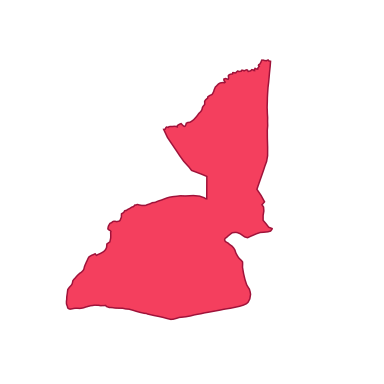 Bavet, Svay Rieng, Cambodia, rotated 108°
{"feature_id": "14789045B60097519425510", "entity_name": "Bavet", "entity_type": "district", "adm_level": 2, "iso_a3": "KHM", "parent_name": "Cambodia", "parent_adm1": "Svay Rieng", "projection": "natural_earth1", "projection_center": [106.09, 11.037], "detail": "fine", "context": "isolated", "style": "filled", "palette": "rose", "viewbox_px": 384, "rotation_deg": 108, "n_neighbors": 0, "source": "geoboundaries", "source_scale": "gbopen_adm2", "svg_char_len": 4968}
<svg xmlns="http://www.w3.org/2000/svg" viewBox="0 0 384 384"><g transform="rotate(108 192 192)"><path d="M280.7,265.0L281.2,265.6L282.1,266.5L282.7,267.3L283.2,267.9L284.0,268.6L284.7,269.2L285.3,269.8L286.7,270.2L288.0,270.4L289.3,270.5L291.3,270.8L292.5,270.9L294.4,271.1L296.3,271.2L298.5,271.0L300.0,271.2L301.3,271.8L302.8,272.6L303.9,273.6L305.0,274.2L306.4,275.0L308.1,275.8L309.9,276.5L311.5,277.3L313.3,277.9L314.7,277.7L316.1,277.6L317.5,277.8L318.9,278.4L320.6,279.2L321.8,279.6L323.1,280.0L324.9,279.7L326.8,279.3L328.1,279.1L330.3,278.7L331.8,278.3L333.2,277.9L334.5,277.7L335.5,277.4L337.2,276.8L338.3,276.0L339.1,275.3L340.1,274.7L340.7,274.3L341.1,273.1L341.1,271.8L340.4,270.4L339.9,269.5L339.1,268.1L338.4,266.4L338.0,265.1L337.7,264.0L337.5,263.0L336.9,261.7L336.3,260.5L335.6,259.3L335.0,258.5L334.2,257.5L333.5,256.3L333.0,255.7L332.3,254.5L331.4,253.2L330.9,251.9L330.2,250.6L329.8,249.8L329.4,248.6L329.2,247.8L328.8,246.4L328.5,245.4L328.5,244.5L328.2,243.3L327.8,242.3L327.3,240.8L326.6,239.1L327.3,238.0L327.4,235.0L326.6,232.2L326.1,229.2L325.1,225.7L324.0,222.1L323.7,219.0L322.9,215.7L322.7,211.5L322.7,208.0L322.5,204.0L322.3,201.9L322.1,199.8L321.6,197.8L321.8,196.8L321.5,193.4L321.2,190.0L320.6,185.0L320.2,180.9L320.0,176.3L319.7,172.8L318.7,170.4L316.8,167.5L315.2,165.3L313.9,162.3L312.5,159.2L310.3,155.1L308.2,151.9L306.6,149.0L305.0,145.9L303.0,142.6L301.6,139.9L300.1,137.1L298.8,134.7L297.4,132.1L295.5,128.6L293.8,125.7L292.6,123.4L290.6,119.4L288.3,115.4L285.9,111.3L283.7,108.2L281.4,105.7L279.5,104.6L275.8,104.0L271.2,104.7L269.1,105.8L266.7,107.4L265.4,109.0L263.5,111.2L261.5,112.7L258.7,114.7L254.1,117.5L250.9,119.2L248.0,120.7L244.9,121.6L242.9,122.3L241.9,123.8L240.8,126.1L240.0,127.5L238.5,129.3L236.6,131.3L235.7,132.0L233.9,133.3L232.3,135.2L231.1,137.3L230.3,140.0L229.4,142.0L229.1,144.0L228.3,145.6L227.4,146.2L226.2,146.2L225.5,146.0L224.7,145.2L222.5,144.0L219.9,142.3L218.3,141.1L217.0,138.3L216.6,136.5L216.8,133.3L218.4,128.0L218.3,125.0L216.1,122.7L214.1,120.4L211.8,117.8L209.4,114.6L208.2,111.6L206.4,107.5L204.9,105.2L202.7,104.4L202.0,104.5L201.8,108.2L199.5,111.5L197.0,115.6L192.4,117.1L187.9,117.8L184.2,119.3L182.5,121.5L178.9,120.0L174.0,125.2L169.4,131.1L163.6,131.0L154.4,130.8L149.4,130.7L144.9,130.7L139.9,130.5L134.2,131.3L126.1,133.9L117.7,136.9L109.9,139.5L105.6,140.5L101.4,142.0L98.1,143.0L97.3,143.3L93.8,144.7L90.4,145.9L88.6,146.6L85.9,147.4L83.8,148.0L82.1,148.5L79.2,149.4L75.5,150.4L69.2,152.0L64.1,153.0L60.1,153.9L54.9,155.1L48.3,156.5L43.4,157.7L43.6,159.5L42.9,160.3L43.3,161.0L44.2,161.8L44.6,163.9L44.5,164.7L45.0,166.4L47.4,166.6L49.3,167.0L50.4,167.9L51.1,167.9L51.7,166.9L52.6,167.3L54.0,167.7L54.7,167.5L55.0,168.3L55.1,169.3L54.9,170.2L56.2,170.5L57.2,170.0L57.4,170.7L57.0,171.7L57.2,173.0L58.4,173.5L59.2,174.5L60.0,175.8L58.9,176.9L59.0,177.9L59.6,178.7L60.7,179.9L60.5,181.3L60.9,182.4L61.9,182.5L62.2,183.2L62.6,183.8L63.0,185.0L62.7,185.8L64.1,186.8L65.1,187.1L65.5,188.1L65.6,189.4L65.9,190.1L67.1,189.9L68.1,191.8L69.0,192.9L70.3,193.4L71.8,192.6L73.1,192.3L73.7,192.6L73.7,195.2L74.8,196.6L76.1,196.0L77.3,194.4L78.0,194.8L78.5,196.8L79.6,198.9L81.0,200.2L82.8,201.1L83.7,201.5L84.9,202.2L86.7,202.4L88.4,202.5L89.6,202.4L90.7,202.6L91.6,202.7L93.1,203.1L94.6,204.8L95.9,205.9L96.7,206.4L97.9,206.1L99.2,207.0L100.3,207.6L101.8,208.0L103.2,207.5L104.9,207.0L107.0,207.9L108.3,208.2L110.4,208.0L112.2,208.3L113.6,208.9L115.2,209.8L117.5,210.5L119.8,211.4L121.3,212.1L122.7,212.7L124.1,213.7L125.4,214.7L126.3,215.5L127.2,217.5L128.4,218.7L129.6,218.6L131.3,218.8L132.0,219.5L131.9,220.3L131.2,221.9L130.3,223.5L131.3,224.7L132.7,226.0L133.7,226.5L134.6,226.1L134.7,228.1L135.0,229.2L135.9,231.2L136.2,232.4L137.0,234.1L137.9,234.5L138.0,235.5L138.0,236.2L138.7,236.7L139.8,236.8L140.6,237.0L141.2,238.3L147.7,232.2L151.7,227.1L157.6,219.5L161.2,215.0L165.4,209.3L169.2,202.6L171.6,199.1L171.9,192.5L172.1,188.6L172.6,182.7L193.9,175.9L194.1,177.2L193.7,178.7L193.6,183.5L195.0,189.7L197.8,197.0L199.2,201.9L201.0,205.7L202.2,208.5L203.8,211.6L205.4,214.0L207.4,216.5L209.2,218.7L210.8,221.0L212.2,222.7L213.1,223.6L213.8,225.0L214.4,226.4L216.3,228.4L218.0,230.8L218.9,231.7L219.3,232.5L220.3,235.6L220.7,238.7L220.7,239.9L221.0,240.5L221.6,241.1L222.0,242.3L223.0,242.7L224.2,243.3L224.6,244.2L225.6,245.1L227.0,246.2L228.0,247.3L229.0,248.2L230.0,248.8L230.2,249.7L230.8,250.3L231.5,250.3L232.7,250.8L233.4,251.3L234.5,252.3L236.1,251.9L237.6,251.4L239.2,251.5L240.4,251.6L241.3,251.6L242.3,252.4L243.5,254.6L243.6,256.1L244.2,257.7L244.9,258.4L246.0,259.0L246.5,259.6L247.2,260.3L248.0,260.5L249.0,260.7L249.7,260.9L251.3,260.9L253.1,260.6L253.7,259.4L254.1,257.5L254.6,256.9L255.9,256.8L257.1,256.3L258.6,255.8L260.9,255.1L262.7,254.9L264.8,254.7L266.1,255.7L267.8,256.9L268.9,256.6L271.2,256.1L273.4,256.4L275.3,257.2L276.8,258.3L278.0,259.4L279.3,260.7L280.5,262.1L281.8,263.3L280.7,265.0Z" fill="#f43f5e" stroke="#9f1239" stroke-width="1.5"/></g></svg>